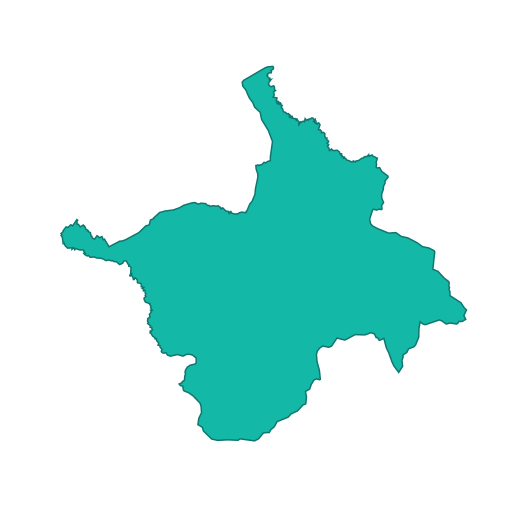 the district of Si Banphot, Phatthalung, Thailand, rotated 247°
{"feature_id": "78962969B76143579725906", "entity_name": "Si Banphot", "entity_type": "district", "adm_level": 2, "iso_a3": "THA", "parent_name": "Thailand", "parent_adm1": "Phatthalung", "projection": "albers", "projection_center": [99.901, 7.693], "detail": "fine", "context": "isolated", "style": "filled", "palette": "teal", "viewbox_px": 512, "rotation_deg": 247, "n_neighbors": 0, "source": "geoboundaries", "source_scale": "gbopen_adm2", "svg_char_len": 6117}
<svg xmlns="http://www.w3.org/2000/svg" viewBox="0 0 512 512"><g transform="rotate(247 256 256)"><path d="M134.0,334.7L133.3,336.0L130.1,336.5L130.2,341.5L120.6,340.1L115.0,340.4L105.4,339.8L100.9,340.0L93.1,341.9L97.2,347.9L102.8,349.5L105.4,351.9L107.5,352.6L108.2,357.0L110.9,360.1L110.7,365.7L111.8,368.2L117.7,374.1L125.3,377.5L131.3,381.4L128.3,383.0L126.6,385.0L125.5,399.8L123.5,401.8L119.1,404.5L118.4,408.7L115.0,414.1L115.3,415.6L116.5,417.2L115.2,420.0L115.7,424.3L120.0,424.1L124.1,428.7L127.1,427.4L132.9,426.4L143.7,419.1L147.5,420.6L149.9,420.5L151.2,421.8L153.3,421.8L155.6,423.3L157.2,423.4L162.1,420.6L170.8,417.5L174.7,413.6L189.9,422.1L191.2,422.1L195.9,418.2L199.4,413.0L205.4,409.4L213.4,402.8L217.3,397.3L222.9,393.9L225.2,387.1L233.1,379.2L237.8,375.2L241.0,374.1L245.5,375.0L253.0,381.5L253.0,382.8L251.2,384.7L251.0,387.8L249.8,389.3L249.9,390.3L253.3,391.3L255.3,394.3L260.3,394.4L264.0,395.9L267.5,399.2L270.2,400.5L272.6,403.2L274.6,404.1L277.0,408.5L278.2,408.6L284.7,404.8L289.1,404.3L289.6,401.9L291.3,401.4L292.8,402.6L295.3,403.2L298.6,405.9L302.5,402.5L303.6,402.4L303.7,399.1L305.3,399.4L304.1,396.5L304.9,395.5L304.9,394.0L304.1,393.0L304.7,391.5L303.8,387.9L304.4,385.1L303.8,384.3L305.5,382.7L304.7,382.1L305.7,380.1L307.3,379.1L308.6,377.2L311.0,376.6L311.7,374.8L312.6,375.9L313.9,373.8L315.0,374.6L315.8,373.7L316.7,374.6L317.4,373.2L319.1,373.5L321.7,372.0L322.8,368.3L325.1,367.2L324.1,365.5L324.5,364.8L326.8,365.3L328.9,364.5L329.9,366.4L332.1,365.5L332.7,367.4L333.4,367.7L335.7,366.5L336.8,367.3L336.9,366.5L339.3,366.0L341.7,367.2L343.3,366.5L343.9,364.4L345.0,365.1L347.1,364.4L347.9,362.8L351.8,366.2L353.7,365.9L354.3,365.2L353.5,363.7L354.5,363.1L356.1,363.7L355.5,362.4L357.5,361.6L357.6,363.4L358.8,364.0L358.8,362.8L360.8,362.3L361.4,360.9L360.9,360.0L361.4,358.2L360.7,357.3L361.4,357.0L361.4,355.4L363.2,354.9L360.7,353.1L361.7,352.1L361.4,350.5L362.3,349.2L360.7,348.1L360.1,346.7L362.2,347.8L366.2,347.2L366.4,346.8L365.4,346.8L365.2,346.2L367.1,345.9L368.2,343.7L370.5,343.9L370.7,343.1L369.5,342.3L370.8,341.0L371.9,341.8L371.7,342.4L372.9,342.3L373.4,341.3L374.4,341.5L374.9,340.0L376.7,339.4L376.9,338.6L378.6,337.6L381.1,338.0L383.0,337.3L384.4,339.0L385.9,337.3L386.6,337.5L386.6,338.4L387.6,338.2L388.0,337.7L387.1,335.9L388.4,334.9L389.3,335.5L388.9,337.0L389.5,337.0L390.9,335.2L393.2,337.1L395.6,333.9L397.0,335.6L400.5,336.5L400.6,338.6L401.6,338.1L404.9,339.1L405.9,338.5L405.8,336.2L407.3,335.0L409.3,334.7L410.7,335.7L412.4,338.6L412.4,337.5L413.1,337.0L414.1,338.3L415.2,337.2L417.8,336.5L418.0,337.6L419.2,337.8L419.4,340.5L418.6,341.3L419.5,342.3L421.0,342.3L421.2,344.8L422.6,345.8L424.0,345.6L425.6,340.3L425.6,337.5L422.5,313.2L421.4,311.2L417.7,310.2L412.8,311.5L404.6,311.6L398.2,313.0L393.5,312.9L386.6,316.0L379.4,314.5L366.7,316.4L354.9,315.9L341.9,308.1L338.1,306.4L338.5,303.7L337.9,301.1L339.1,300.1L337.8,296.8L338.4,294.6L338.0,294.1L339.1,293.3L339.3,291.2L335.9,290.1L330.8,289.7L327.8,288.5L318.0,281.7L313.2,279.2L307.9,273.8L306.3,270.6L301.3,265.5L301.0,264.4L300.1,264.2L299.9,263.3L302.0,260.1L302.3,257.0L301.8,256.1L303.1,252.5L305.0,250.4L306.9,250.2L306.8,249.1L305.6,248.6L305.6,247.9L307.9,247.9L309.2,245.8L313.3,244.2L313.0,242.2L314.3,242.4L317.1,240.7L317.4,238.9L319.1,236.1L319.6,233.0L320.7,232.8L321.6,231.1L323.9,230.1L326.2,225.9L326.2,223.2L329.0,220.8L329.9,218.0L330.9,209.5L330.3,204.5L330.7,197.8L332.9,190.0L333.7,184.3L331.0,176.6L330.4,176.5L330.4,172.9L326.3,169.8L326.8,166.4L323.3,157.3L321.9,142.1L322.2,137.9L322.9,136.7L321.9,124.3L330.7,123.1L330.6,121.8L334.1,121.8L333.9,119.4L336.8,117.6L334.6,114.0L336.2,112.6L338.5,112.5L338.8,112.0L342.2,112.7L344.2,111.0L344.6,111.5L345.9,110.9L346.4,110.0L350.7,109.9L350.9,109.2L352.0,109.1L351.5,105.6L354.5,104.9L355.1,103.7L358.2,104.9L358.6,105.8L359.5,105.4L355.4,99.0L357.1,97.8L355.8,93.9L357.0,92.6L354.6,88.3L353.9,88.3L352.8,85.2L351.2,85.6L350.9,84.6L348.8,85.0L342.6,83.3L342.7,84.5L340.1,84.3L336.8,85.7L335.4,90.0L334.1,89.2L334.5,91.8L332.6,91.6L333.2,93.1L330.4,96.1L329.3,99.0L328.3,99.7L327.3,99.3L325.4,99.9L325.7,98.5L324.4,98.8L322.0,100.6L321.9,102.0L319.7,102.8L318.2,106.8L316.3,108.7L314.8,111.9L312.8,114.4L310.5,115.9L309.7,119.2L308.0,121.1L308.1,121.9L306.5,122.9L305.2,125.3L301.4,127.1L301.4,130.4L303.0,132.3L302.4,134.4L301.5,134.8L298.8,134.9L297.7,135.6L296.3,134.9L295.5,136.1L294.0,136.4L289.0,133.8L288.3,134.6L287.7,132.4L287.1,132.1L286.6,132.7L286.9,133.8L284.7,134.4L282.2,133.9L282.0,134.8L283.1,135.9L282.8,136.5L280.5,137.4L277.7,136.4L275.9,139.1L273.9,139.2L272.7,138.3L271.0,140.4L270.7,138.8L270.3,139.3L268.0,138.8L268.3,139.8L267.7,140.3L265.2,139.5L264.4,139.9L262.8,138.5L261.7,138.8L260.9,136.4L259.3,136.0L256.8,136.2L253.5,139.7L252.9,139.2L250.6,139.7L249.6,138.8L246.6,139.2L247.3,137.8L245.3,137.7L243.9,135.0L241.2,134.6L240.8,132.0L238.2,130.6L236.9,131.0L236.2,129.9L233.0,131.6L231.7,130.7L231.0,132.1L229.6,131.6L228.6,131.9L227.4,129.9L228.3,129.5L226.7,128.4L226.0,129.1L222.7,129.5L220.4,130.9L219.1,130.7L218.8,131.9L216.8,131.5L214.0,132.4L212.2,131.0L211.2,132.5L209.2,132.1L206.8,133.1L205.4,131.6L204.5,131.6L202.9,132.5L202.0,135.4L199.4,135.8L197.2,138.1L196.0,145.2L192.3,149.8L192.6,153.2L192.1,155.6L189.6,158.9L185.5,161.1L180.8,159.0L180.4,157.6L181.2,152.8L180.5,149.3L178.5,146.5L176.6,145.2L174.6,144.9L173.6,143.7L169.5,141.5L169.2,139.1L168.2,138.2L168.2,135.2L166.2,135.8L164.9,137.7L161.1,136.8L159.9,137.1L156.4,140.6L151.7,143.5L142.4,147.0L139.0,146.7L133.0,144.6L129.0,140.0L123.5,136.6L119.3,139.7L115.6,139.2L104.9,143.6L101.3,148.6L97.9,158.0L93.4,167.5L93.9,169.9L86.4,182.4L86.7,186.9L90.0,193.2L89.9,195.1L88.3,199.3L90.3,201.7L91.7,206.2L95.3,210.7L95.1,222.7L96.9,226.4L97.2,233.7L100.5,241.0L100.4,244.0L106.7,247.5L112.0,248.6L112.5,253.4L116.2,256.7L119.2,261.0L119.3,263.6L117.2,266.2L117.3,267.0L126.1,269.7L134.9,270.9L141.7,273.1L144.5,275.3L146.4,278.7L147.0,282.4L143.6,287.2L143.5,290.3L148.8,298.5L143.9,305.0L144.9,316.5L140.8,325.5L140.5,331.8L137.9,334.6L134.0,334.7Z" fill="#14b8a6" stroke="#0f766e" stroke-width="1.5"/></g></svg>